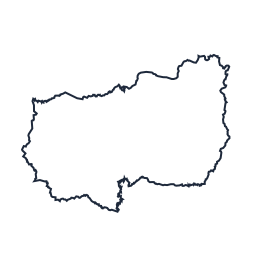 Wichian Buri, Phetchabun, Thailand (Natural Earth projection), rotated 8°
{"feature_id": "78962969B64397388555750", "entity_name": "Wichian Buri", "entity_type": "district", "adm_level": 2, "iso_a3": "THA", "parent_name": "Thailand", "parent_adm1": "Phetchabun", "projection": "natural_earth1", "projection_center": [101.036, 15.677], "detail": "fine", "context": "isolated", "style": "outline", "palette": "slate", "viewbox_px": 256, "rotation_deg": 8, "n_neighbors": 0, "source": "geoboundaries", "source_scale": "gbopen_adm2", "svg_char_len": 5848}
<svg xmlns="http://www.w3.org/2000/svg" viewBox="0 0 256 256"><g transform="rotate(8 128 128)"><path d="M30.1,112.3L29.7,114.7L31.7,118.5L32.6,124.5L35.6,126.3L35.1,127.5L32.7,128.4L33.6,132.4L33.3,133.5L32.3,133.7L31.7,134.4L33.3,141.9L30.6,147.8L30.4,149.3L31.6,151.7L31.7,153.8L32.7,154.7L31.6,157.1L30.5,157.8L29.6,159.5L29.4,160.6L27.3,160.4L26.1,164.1L26.6,165.0L30.0,167.4L28.2,170.8L31.0,172.1L32.0,173.7L32.4,173.6L32.8,174.6L32.7,175.5L33.6,175.7L35.1,177.9L37.1,177.1L37.7,177.3L37.5,178.8L40.0,180.6L41.1,183.1L41.6,183.3L42.3,182.5L43.3,183.8L43.4,185.1L43.0,186.4L44.1,190.4L43.2,191.2L43.4,192.2L42.7,193.6L48.0,191.8L52.7,192.5L54.6,192.1L54.8,192.9L55.4,193.0L55.4,193.5L55.9,193.3L56.3,194.0L55.6,196.8L57.3,197.1L57.2,197.9L60.2,199.0L59.7,202.9L60.4,203.0L61.6,206.1L62.7,206.8L65.9,206.7L66.2,209.4L68.7,208.7L70.7,209.9L71.0,208.2L72.6,207.2L73.5,207.0L74.5,207.7L76.0,207.5L77.5,208.6L78.2,207.5L81.0,206.0L81.6,204.9L83.5,204.9L84.6,205.4L86.3,202.9L88.3,203.0L88.9,203.7L90.0,203.9L91.8,201.9L93.2,201.4L93.8,200.5L94.4,200.9L94.9,200.5L95.3,201.0L96.5,200.0L97.8,200.7L98.4,202.2L99.6,202.6L102.2,205.4L104.0,206.2L105.5,206.2L105.4,206.8L105.9,207.3L106.7,206.8L107.8,207.7L108.6,207.6L109.1,208.1L109.7,207.7L110.2,209.0L112.2,208.9L112.4,209.9L112.9,209.9L113.0,210.7L113.6,211.1L114.2,211.1L114.3,210.6L115.3,210.3L115.6,209.8L117.3,209.8L118.6,210.1L120.3,211.7L121.8,211.9L123.3,211.2L129.1,212.3L129.1,211.5L129.9,211.2L130.2,210.2L128.6,208.7L128.4,209.7L127.9,209.4L128.2,207.0L127.9,206.3L129.1,206.2L129.2,205.7L129.1,205.2L128.9,205.6L127.8,205.4L127.8,204.1L128.2,203.8L128.5,204.4L129.5,203.4L129.8,204.0L130.5,204.2L130.6,203.6L130.1,203.2L130.9,202.2L130.8,201.6L131.3,201.5L130.6,200.4L131.5,200.3L131.9,200.8L131.9,199.7L132.6,199.3L130.4,198.3L130.4,196.9L130.1,197.2L129.4,196.5L128.5,196.4L127.8,197.4L127.5,197.1L127.9,196.2L127.6,195.2L128.5,195.0L127.9,194.1L129.1,193.1L129.1,192.4L130.1,192.7L129.9,191.8L129.1,191.1L129.7,189.5L129.3,188.9L129.6,187.7L128.8,188.2L128.6,187.2L128.2,187.9L127.1,186.7L126.4,183.5L125.7,182.6L127.1,182.0L127.9,183.0L128.8,181.6L128.0,181.0L129.0,180.3L129.4,180.8L130.3,179.7L131.0,180.1L130.5,180.7L131.1,181.8L131.6,180.6L131.1,178.9L131.5,178.7L131.5,178.0L132.2,179.1L133.8,178.4L134.1,179.6L134.7,179.7L134.7,180.3L137.0,182.0L136.4,184.6L136.6,185.3L137.2,184.9L137.3,185.4L139.1,184.7L139.8,183.8L139.8,183.0L141.4,182.5L141.4,181.5L142.2,181.5L143.8,179.1L144.0,179.4L146.4,177.1L147.1,175.6L147.7,175.5L148.2,174.6L149.2,174.9L149.5,174.3L151.0,175.2L153.8,175.0L154.9,176.2L155.5,177.7L157.1,178.6L160.5,178.0L161.5,178.1L162.1,179.0L163.1,179.4L163.4,179.1L164.7,179.6L166.5,179.0L170.7,179.8L172.0,179.2L174.7,179.1L178.2,177.7L181.1,177.3L182.6,178.3L183.9,178.4L186.9,177.7L189.3,176.3L190.0,177.7L191.4,177.5L192.8,176.5L194.0,176.5L196.0,177.2L195.9,176.4L196.4,177.0L197.2,175.5L197.8,176.1L200.3,174.8L200.7,175.2L201.1,174.0L201.6,174.5L202.0,174.1L202.6,174.8L203.3,174.4L204.6,174.9L205.1,173.9L206.5,174.4L207.1,174.2L207.6,174.5L207.5,175.0L208.4,174.6L208.6,173.9L208.1,173.6L208.8,173.0L209.3,173.2L211.8,172.7L211.4,170.3L212.1,169.2L212.1,168.0L212.8,167.8L213.5,166.4L214.3,162.8L213.9,161.6L214.1,160.1L215.7,159.5L216.2,158.4L218.4,159.0L218.5,157.4L219.6,156.7L219.8,155.2L219.3,154.2L220.0,153.5L219.7,151.8L221.2,150.8L220.9,149.0L222.6,147.7L223.9,144.9L223.9,139.4L223.4,138.4L222.3,137.9L222.8,135.7L225.1,134.5L226.8,131.8L226.6,129.3L227.8,127.9L227.9,126.6L229.9,124.0L229.6,122.3L228.2,121.5L227.3,120.1L227.5,119.3L227.0,117.6L227.4,116.2L226.2,115.2L224.9,113.1L223.8,112.7L223.0,110.4L221.8,109.8L220.9,106.2L221.3,103.7L220.2,101.5L221.7,100.4L222.2,98.2L222.0,97.4L221.0,96.8L221.1,89.6L222.1,88.8L220.4,87.4L220.5,86.7L219.8,85.9L220.4,85.1L218.9,83.2L218.6,81.5L215.0,79.5L214.2,78.1L215.3,76.0L218.7,74.2L219.3,72.6L219.3,72.2L217.6,72.0L216.2,69.7L216.6,67.4L217.2,66.3L217.8,66.2L218.1,63.6L219.0,61.5L218.9,61.1L217.9,61.6L217.0,61.0L216.8,58.5L217.4,57.5L218.7,57.0L219.7,53.2L218.8,52.3L217.2,52.4L216.2,53.1L215.9,54.4L214.8,54.6L214.9,55.7L213.9,55.6L213.8,54.7L212.2,53.3L210.3,52.9L208.9,49.4L208.7,45.9L206.7,45.6L206.7,44.4L205.1,44.5L202.9,43.7L202.3,44.0L201.5,45.4L199.6,44.8L199.1,46.1L197.8,46.3L198.7,48.4L197.4,49.7L196.1,49.9L194.9,49.3L194.3,46.8L193.3,46.0L189.4,47.3L187.8,46.8L188.2,48.4L187.6,51.0L186.2,53.9L184.0,53.9L179.5,52.6L178.6,52.9L177.5,52.3L176.0,53.7L174.5,54.1L173.7,55.1L172.3,58.9L170.1,59.5L169.5,60.7L169.2,62.7L170.3,64.5L169.6,67.0L170.1,70.4L168.9,72.0L166.5,73.1L164.6,73.4L159.0,72.4L155.9,72.8L150.5,72.5L148.5,72.0L148.4,71.4L147.2,70.9L145.6,70.9L144.6,69.9L143.6,69.7L138.2,69.9L133.0,71.4L131.1,72.8L130.3,74.7L130.3,76.4L130.8,77.6L130.3,79.8L129.7,80.1L129.4,83.9L126.5,85.8L125.2,87.8L123.5,89.0L121.1,87.6L118.0,87.5L118.0,88.3L119.0,88.0L118.7,88.9L118.3,89.0L119.2,89.5L118.7,90.4L119.2,91.2L119.1,92.1L118.6,91.5L116.9,91.4L115.7,90.1L116.1,89.8L116.0,88.7L115.0,89.3L115.0,88.9L114.3,88.7L113.9,87.3L112.9,86.4L111.8,88.1L109.7,89.3L108.6,90.8L108.5,91.9L107.8,92.3L106.9,94.6L105.9,95.1L105.9,94.5L104.8,94.2L103.9,94.9L104.0,95.3L102.7,97.3L100.9,97.6L99.8,99.1L98.8,99.1L97.5,100.1L95.7,99.7L95.5,99.0L94.5,99.4L93.8,99.2L92.7,100.4L92.7,101.0L91.8,101.3L90.9,100.8L90.4,99.8L88.8,100.0L88.6,101.1L86.7,101.9L84.6,101.7L83.3,103.8L80.1,103.0L79.3,103.7L79.0,105.8L73.5,105.6L60.9,101.5L58.9,103.1L56.8,104.0L56.3,104.3L56.4,105.0L55.4,105.8L54.9,105.5L51.5,106.1L50.8,107.4L50.9,108.3L50.4,108.7L48.3,109.3L48.2,110.0L47.4,110.5L46.2,110.7L46.0,111.5L44.2,113.0L44.2,112.2L42.9,113.0L42.2,112.6L41.6,112.9L40.5,113.8L40.7,114.6L40.0,114.5L39.6,113.6L39.3,114.1L38.9,113.8L38.8,114.4L38.5,113.9L35.5,113.4L35.0,114.8L34.2,114.0L32.4,113.5L32.2,112.9L31.9,113.5L31.5,112.6L31.1,113.1L30.1,112.3Z" fill="none" stroke="#1e293b" stroke-width="2"/></g></svg>